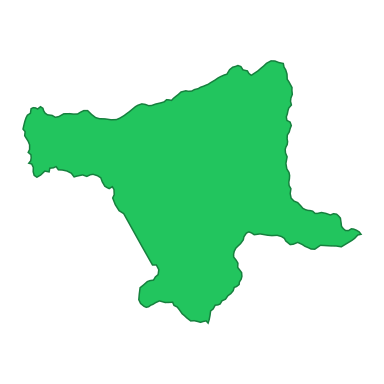 Mossâmedes, Goiás, Brazil (Robinson projection)
{"feature_id": "56859067B91157569259112", "entity_name": "Mossâmedes", "entity_type": "district", "adm_level": 2, "iso_a3": "BRA", "parent_name": "Brazil", "parent_adm1": "Goiás", "projection": "robinson", "projection_center": [-50.154, -16.176], "detail": "fine", "context": "isolated", "style": "filled", "palette": "green", "viewbox_px": 384, "rotation_deg": 0, "n_neighbors": 0, "source": "geoboundaries", "source_scale": "gbopen_adm2", "svg_char_len": 3516}
<svg xmlns="http://www.w3.org/2000/svg" viewBox="0 0 384 384"><path d="M208.1,323.1L209.2,319.6L210.0,315.4L210.6,311.0L213.1,309.0L215.2,305.2L217.9,304.9L220.1,304.0L222.0,300.8L225.5,299.2L227.9,295.7L230.8,293.6L233.2,290.7L234.2,287.4L236.6,286.5L239.1,284.5L239.4,282.0L241.2,279.1L241.9,276.3L241.6,272.6L239.7,270.0L237.7,267.4L237.9,263.2L236.2,260.3L233.7,257.1L233.6,254.2L234.2,251.4L235.8,248.2L237.8,246.2L240.5,243.7L243.3,239.8L243.9,236.8L246.4,233.1L248.8,231.9L251.5,232.9L254.2,234.7L256.6,234.4L260.1,233.9L267.5,235.2L271.8,235.6L277.2,235.3L281.4,236.5L284.4,238.4L285.8,241.0L290.2,244.6L293.3,244.2L297.7,242.4L302.1,244.4L305.0,246.3L308.6,247.8L311.0,249.0L314.8,249.2L320.4,245.3L324.2,245.5L330.9,245.9L336.3,246.0L341.3,246.8L351.9,240.4L354.6,238.4L357.8,235.0L361.0,234.3L359.2,231.9L356.4,230.2L353.7,229.1L351.4,228.8L348.5,230.6L345.5,230.5L343.3,228.7L341.5,226.3L341.1,223.0L340.4,218.1L338.4,215.8L336.6,214.2L333.5,213.7L330.4,215.0L325.9,213.4L321.5,212.5L317.6,213.4L315.0,213.4L312.7,211.2L310.3,210.6L307.9,210.4L305.5,209.7L302.8,208.3L300.8,205.9L297.7,202.6L294.0,201.1L291.1,198.1L290.2,193.6L290.9,188.7L289.1,185.6L288.8,182.2L289.4,178.9L289.6,175.5L289.0,172.5L286.8,168.9L285.9,163.4L287.1,156.8L285.5,153.0L285.2,149.4L285.9,147.0L287.2,144.6L287.6,141.6L287.1,138.8L287.3,135.1L289.2,132.0L290.2,128.4L291.3,125.6L290.1,122.1L286.9,120.4L286.3,116.9L287.3,114.0L288.0,110.5L288.8,108.0L291.4,105.0L290.5,101.3L290.9,98.0L292.3,94.4L291.9,90.3L292.0,87.5L288.9,81.8L287.2,79.3L287.0,74.1L285.7,69.9L284.0,67.1L283.3,63.5L278.7,62.5L274.9,61.0L271.0,60.9L266.5,63.3L263.6,66.1L261.1,68.1L257.8,71.0L251.3,75.3L248.9,73.5L247.4,70.9L243.0,69.9L240.9,66.6L237.9,65.5L235.7,66.4L232.7,67.2L229.6,69.7L226.9,74.2L224.2,75.0L220.6,76.6L218.0,78.0L215.0,80.1L210.4,82.8L208.2,84.3L205.9,85.2L203.6,86.2L200.4,87.3L198.3,88.6L194.4,89.6L191.7,91.1L188.3,91.3L185.8,90.8L181.0,92.0L178.3,94.5L176.1,96.2L173.5,98.3L171.5,100.4L169.0,99.9L166.6,99.7L164.1,101.9L160.7,102.9L155.5,104.1L151.7,105.5L148.6,105.7L145.2,104.4L141.8,103.9L137.8,105.3L135.4,106.7L129.1,111.9L126.2,114.0L124.1,115.6L119.9,118.1L116.5,119.6L111.2,119.8L105.0,118.9L99.4,118.7L95.6,117.6L91.6,114.5L87.6,110.6L83.8,110.6L80.5,112.2L77.6,114.0L73.5,114.1L69.8,113.7L63.8,113.8L58.8,116.6L55.3,117.3L52.1,115.4L47.4,114.8L45.0,113.0L43.7,110.9L42.9,108.3L40.5,106.7L37.6,109.0L35.5,107.9L33.2,107.7L31.1,108.7L30.4,113.3L27.4,115.2L26.1,117.7L24.9,121.2L23.9,125.2L23.0,129.1L25.1,131.6L24.7,135.7L26.3,138.3L28.2,141.3L29.6,144.8L29.6,149.5L28.2,152.4L30.9,154.7L31.2,157.8L30.7,160.8L28.8,163.2L31.7,164.0L33.3,167.4L33.2,171.8L34.2,175.4L36.9,177.2L40.7,175.0L44.8,171.1L49.1,171.9L49.8,168.2L53.5,167.8L56.1,166.6L58.4,169.8L62.3,170.0L66.9,171.0L71.3,173.2L74.1,176.9L76.5,176.2L82.6,174.9L86.8,176.4L90.4,174.7L93.1,174.3L97.5,175.7L100.8,177.8L102.3,181.9L104.8,186.2L107.1,187.6L109.2,188.6L112.3,186.7L114.0,189.5L114.2,194.7L112.7,198.0L115.3,204.7L119.1,210.7L123.7,213.6L142.3,247.0L145.3,252.3L152.5,265.0L156.4,265.0L158.8,269.7L158.1,274.6L155.4,276.9L153.5,280.1L150.0,280.6L147.3,281.6L143.6,284.9L140.1,287.7L139.3,293.9L138.8,299.7L140.6,303.5L144.0,306.3L146.3,307.3L148.7,306.7L150.7,305.2L152.8,304.4L155.7,302.6L159.5,300.9L165.2,302.5L169.8,302.4L172.6,302.2L174.0,305.4L177.2,307.0L179.4,309.8L182.2,313.8L184.4,315.6L186.8,317.9L190.7,320.9L194.3,320.7L197.7,321.5L200.5,322.3L203.5,321.4L206.1,320.9L208.1,323.1Z" fill="#22c55e" stroke="#15803d" stroke-width="1.5"/></svg>